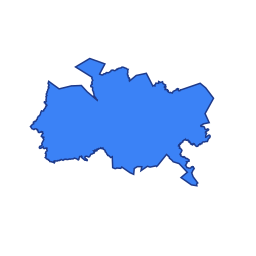 Urique, Chihuahua, Mexico (Albers equal-area conic projection), rotated 249°
{"feature_id": "50627088B80503012835519", "entity_name": "Urique", "entity_type": "district", "adm_level": 2, "iso_a3": "MEX", "parent_name": "Mexico", "parent_adm1": "Chihuahua", "projection": "albers", "projection_center": [-107.976, 27.219], "detail": "fine", "context": "isolated", "style": "filled", "palette": "blue", "viewbox_px": 256, "rotation_deg": 249, "n_neighbors": 0, "source": "geoboundaries", "source_scale": "gbopen_adm2", "svg_char_len": 5808}
<svg xmlns="http://www.w3.org/2000/svg" viewBox="0 0 256 256"><g transform="rotate(249 128 128)"><path d="M49.4,171.6L50.9,171.9L51.6,172.8L51.7,173.4L59.2,171.3L63.4,171.4L63.9,172.3L65.2,173.3L65.7,174.4L66.7,175.4L67.8,174.7L68.4,175.0L68.9,174.4L68.9,173.2L68.3,172.5L68.2,171.8L68.8,170.3L69.6,169.6L70.0,168.8L71.8,168.7L72.6,168.3L74.4,170.7L75.5,170.5L75.1,173.1L76.4,173.6L78.4,172.2L78.6,171.4L79.2,171.2L79.2,170.9L80.6,170.5L80.6,170.0L81.1,169.9L81.0,169.1L81.5,169.0L81.5,168.6L83.1,167.3L83.9,167.8L84.5,167.1L84.9,167.2L86.7,169.4L87.9,170.4L90.1,169.7L90.4,169.0L90.7,168.8L91.1,169.3L91.9,169.2L92.3,169.6L92.6,169.6L93.2,168.7L94.1,169.4L94.1,170.0L94.6,170.7L94.0,170.6L94.1,171.1L94.9,172.1L95.1,173.2L95.6,173.8L95.5,174.2L96.2,174.4L96.2,175.0L96.9,176.4L96.6,176.6L96.6,177.2L96.2,177.5L96.6,177.8L95.7,178.0L95.3,178.9L95.4,179.5L95.0,179.4L95.0,179.6L94.0,180.1L93.6,180.0L93.6,180.6L93.2,180.7L92.7,180.2L92.1,180.8L91.4,180.6L91.5,180.2L91.2,180.8L90.8,180.8L90.8,181.3L89.9,181.4L90.0,183.0L89.2,182.6L89.4,184.2L87.8,184.5L86.7,185.0L86.1,185.6L86.0,186.7L87.0,187.9L86.8,188.9L87.2,189.1L86.8,189.5L87.3,190.0L87.0,190.4L86.9,191.4L87.8,192.0L88.0,192.7L88.0,193.7L87.5,194.6L87.6,195.4L87.0,197.3L88.9,199.0L89.7,200.8L90.5,201.6L91.7,201.8L92.3,201.3L92.4,200.6L91.4,197.5L91.5,197.2L93.4,198.0L94.9,199.5L95.5,199.2L95.8,198.6L96.6,199.0L97.1,202.0L97.5,202.7L98.0,202.7L98.6,202.1L98.5,200.3L99.4,199.5L101.6,199.6L102.2,199.1L103.3,196.7L104.0,196.7L104.4,197.1L104.4,199.1L104.9,199.6L103.9,205.7L113.8,205.1L125.1,218.5L137.6,214.9L143.9,211.4L144.6,191.7L144.8,191.1L144.8,190.4L144.3,190.1L144.4,188.9L145.7,188.3L146.4,189.1L147.0,188.6L146.9,187.1L146.3,186.8L146.0,183.3L144.8,181.9L145.6,180.7L145.9,180.6L145.8,180.3L146.2,179.5L146.0,178.8L146.1,179.0L146.3,179.0L147.9,178.3L148.0,178.9L148.5,178.9L148.8,178.7L148.7,178.4L149.3,178.1L149.7,178.4L150.6,176.5L151.3,177.3L151.7,177.2L152.0,177.5L152.5,176.7L153.0,176.6L153.0,177.4L153.7,177.3L153.5,178.2L154.1,178.1L154.7,178.5L156.9,176.6L158.8,176.8L158.8,174.8L160.4,173.3L158.7,172.6L159.9,170.1L159.1,169.4L158.6,168.4L157.7,168.2L158.6,166.8L158.3,166.2L172.5,164.7L174.1,154.5L171.3,146.2L172.2,146.3L173.5,147.2L173.9,146.9L174.3,147.1L174.6,146.5L175.0,146.6L175.8,146.4L176.7,146.9L177.8,146.5L178.1,146.9L179.1,147.0L179.8,147.7L181.7,148.3L182.6,149.1L182.7,148.8L184.7,147.4L185.0,146.8L186.2,145.7L187.0,144.3L187.0,143.9L186.6,143.3L187.1,140.3L186.5,139.2L187.0,138.9L186.9,138.4L186.2,137.0L186.5,135.6L187.4,134.9L187.8,133.7L187.8,132.9L187.2,132.3L186.6,130.0L186.7,129.3L187.5,127.7L187.3,127.1L186.7,126.5L187.2,125.1L187.1,124.3L186.6,123.5L187.1,122.2L188.0,121.5L188.3,120.8L188.5,120.7L196.1,129.4L206.6,117.2L203.8,100.9L188.3,112.6L187.2,112.0L185.1,112.2L184.4,111.2L183.0,110.2L182.6,110.6L181.7,110.3L181.4,109.0L180.9,108.4L180.2,108.2L179.8,108.2L178.9,109.4L178.4,109.5L176.3,108.5L175.2,108.5L173.9,108.8L173.4,108.4L171.9,108.4L170.1,107.7L169.7,108.1L169.2,108.0L168.1,108.6L166.1,108.8L165.2,109.4L164.9,109.2L176.3,102.9L184.4,99.7L187.6,90.2L189.2,77.7L200.0,70.7L198.1,69.3L196.4,69.7L194.9,68.2L194.4,68.6L193.9,68.6L192.8,67.1L190.8,65.7L190.7,65.2L190.0,65.2L189.0,63.8L187.3,63.9L187.0,62.8L185.9,62.8L185.5,62.4L184.3,62.1L183.6,61.4L182.3,61.4L181.8,60.2L182.4,59.4L182.0,59.1L181.5,59.0L180.8,59.8L179.9,59.6L179.2,60.3L178.2,60.4L177.6,59.4L177.8,59.1L177.2,58.9L177.0,58.4L176.2,57.9L176.1,57.3L175.2,56.2L175.2,55.9L174.3,55.4L174.4,54.2L175.0,53.4L173.9,52.2L172.4,51.2L171.3,49.9L171.0,48.4L169.8,47.0L168.6,46.3L168.5,45.6L167.4,44.3L167.3,43.3L167.7,43.1L167.3,41.7L165.8,41.5L165.6,39.9L165.1,39.2L164.9,38.4L164.4,38.1L164.3,37.5L161.7,38.1L161.3,38.7L160.4,39.3L160.2,39.8L160.6,40.8L159.8,42.3L159.4,42.3L158.9,42.9L158.6,43.0L158.0,42.5L157.2,43.0L156.0,42.8L155.4,43.9L155.6,44.6L155.4,45.0L155.8,45.8L155.0,46.8L154.3,46.2L153.5,46.8L152.6,45.7L152.3,44.9L151.3,44.0L150.9,44.1L150.4,44.9L149.7,45.0L149.6,45.3L149.8,45.8L149.6,46.1L149.3,46.0L148.9,45.0L147.4,45.3L144.6,42.1L143.7,41.8L143.2,41.9L142.5,40.9L142.5,39.2L141.9,38.4L141.3,38.1L140.5,38.5L140.4,39.2L140.4,40.4L140.7,41.9L140.2,41.7L138.8,42.3L138.7,44.0L138.1,45.7L138.1,44.9L137.8,44.5L135.7,44.4L135.3,43.0L133.9,41.7L133.1,42.3L132.5,42.1L132.1,41.5L131.8,41.7L131.0,41.3L130.1,40.1L129.5,40.7L128.8,40.7L128.4,41.2L127.7,41.3L127.1,42.3L126.4,42.3L126.0,42.9L124.7,43.0L123.8,44.7L123.5,44.8L122.7,46.1L121.8,46.6L122.4,47.4L122.8,47.4L122.7,46.9L123.5,46.9L123.6,47.7L122.5,50.1L122.8,50.9L122.2,52.0L122.5,52.5L122.2,53.3L122.6,54.3L121.1,55.8L121.6,57.3L121.2,57.7L121.2,58.9L120.6,59.4L120.1,60.6L120.1,62.2L119.6,62.7L119.5,63.7L118.8,65.9L119.1,67.1L117.8,68.9L116.0,70.1L116.2,70.8L117.2,71.2L117.6,72.0L118.7,72.6L118.3,73.6L118.5,74.4L118.0,74.7L117.6,74.2L117.0,74.2L113.7,76.0L113.4,76.2L112.8,77.6L112.2,78.0L112.4,78.4L113.1,78.5L113.6,78.1L115.6,77.1L116.2,77.3L116.7,77.9L116.6,78.9L116.1,79.8L115.1,80.6L115.0,81.8L116.8,83.9L116.6,85.3L116.8,85.9L116.7,87.3L117.2,87.4L117.3,87.9L118.3,87.8L118.2,88.7L118.8,88.2L118.7,88.6L119.1,88.9L118.7,89.2L118.7,89.7L118.3,89.3L118.1,89.6L118.4,89.9L118.2,90.3L118.8,90.5L118.2,91.1L118.5,91.3L118.9,91.0L118.9,91.7L119.3,91.7L119.1,92.6L119.3,93.0L118.9,93.1L119.1,93.6L118.8,94.7L119.3,95.4L118.5,95.8L118.6,96.4L118.3,96.6L118.0,96.6L118.3,97.4L117.0,97.5L115.3,98.6L114.0,98.2L113.1,98.8L110.7,99.0L110.1,99.5L109.6,99.3L109.0,100.2L106.6,101.3L106.8,103.0L96.5,99.5L94.8,101.2L94.5,102.0L94.7,103.1L92.9,106.8L93.8,108.2L85.5,113.9L82.7,116.7L87.9,119.3L88.6,122.9L86.9,127.0L83.5,124.8L85.3,132.4L83.6,134.6L82.6,140.5L81.8,140.9L82.3,142.2L89.5,154.5L86.0,156.1L85.1,155.8L82.3,157.4L80.3,158.1L76.4,163.0L65.4,167.5L62.7,159.7L52.2,166.8L49.4,171.6Z" fill="#3b82f6" stroke="#1e3a8a" stroke-width="1.5"/></g></svg>